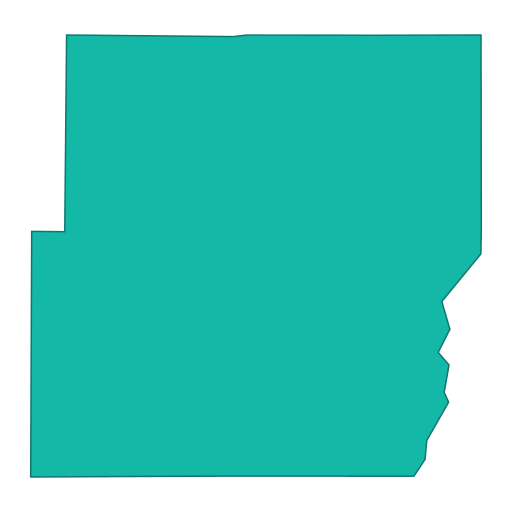 Lafayette, Mississippi, United States of America, rotated 90°
{"feature_id": "52423323B80507694011137", "entity_name": "Lafayette", "entity_type": "district", "adm_level": 2, "iso_a3": "USA", "parent_name": "United States of America", "parent_adm1": "Mississippi", "projection": "natural_earth1", "projection_center": [-89.454, 34.358], "detail": "fine", "context": "isolated", "style": "filled", "palette": "teal", "viewbox_px": 512, "rotation_deg": 90, "n_neighbors": 0, "source": "geoboundaries", "source_scale": "gbopen_adm2", "svg_char_len": 462}
<svg xmlns="http://www.w3.org/2000/svg" viewBox="0 0 512 512"><g transform="rotate(90 256 256)"><path d="M476.1,231.4L476.2,98.1L459.3,86.9L440.6,85.3L402.2,63.4L392.4,67.8L365.0,63.0L352.4,73.8L329.3,62.1L301.5,70.2L253.9,31.1L230.3,30.7L84.1,30.9L35.0,31.0L35.3,149.3L35.2,152.0L35.1,265.9L36.6,278.7L35.0,445.4L215.5,447.1L231.7,447.2L231.4,480.3L477.0,481.3L476.5,381.1L476.1,283.5L476.1,231.4Z" fill="#14b8a6" stroke="#0f766e" stroke-width="1.5"/></g></svg>